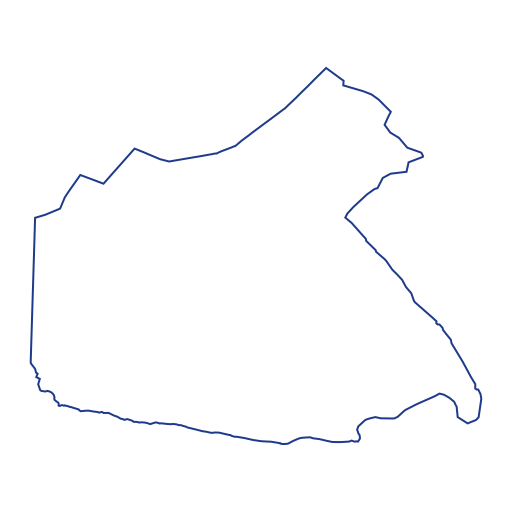 the district of San Lorenzo, Oaxaca, Mexico
{"feature_id": "50627088B2703983374094", "entity_name": "San Lorenzo", "entity_type": "district", "adm_level": 2, "iso_a3": "MEX", "parent_name": "Mexico", "parent_adm1": "Oaxaca", "projection": "mercator", "projection_center": [-97.876, 16.418], "detail": "fine", "context": "isolated", "style": "outline", "palette": "blue", "viewbox_px": 512, "rotation_deg": 0, "n_neighbors": 0, "source": "geoboundaries", "source_scale": "gbopen_adm2", "svg_char_len": 3320}
<svg xmlns="http://www.w3.org/2000/svg" viewBox="0 0 512 512"><path d="M35.1,217.8L30.7,361.9L30.9,363.4L35.1,368.9L36.1,372.7L37.6,373.7L37.5,373.9L36.3,377.1L39.8,378.9L38.2,384.2L40.0,389.6L40.4,390.3L41.6,391.0L43.4,391.2L45.3,391.5L47.5,390.9L49.3,391.4L51.2,392.3L52.9,393.8L53.9,395.2L54.5,397.4L54.2,398.6L54.7,400.0L56.4,401.4L58.2,402.7L58.7,403.5L58.6,405.6L59.2,405.9L59.9,405.9L61.2,405.3L62.1,405.1L63.5,405.6L64.1,405.7L64.4,405.4L65.5,405.6L67.7,406.1L69.5,406.8L71.2,407.1L73.6,407.9L78.2,409.3L78.8,409.5L79.3,410.3L80.7,411.2L86.1,410.7L88.4,410.7L88.9,410.7L93.4,411.5L94.9,411.7L97.5,412.0L98.5,412.4L99.2,412.6L101.9,411.9L103.7,413.0L108.1,412.9L109.2,413.2L111.0,414.1L114.1,415.6L117.3,416.7L118.0,417.1L120.5,418.6L123.2,419.2L124.4,419.9L125.0,419.7L127.2,419.1L127.7,419.2L129.5,419.8L132.4,420.8L133.5,421.8L136.8,421.9L138.2,422.2L139.0,422.5L140.7,422.4L141.3,422.3L144.2,422.5L144.4,422.5L146.9,423.0L150.2,424.1L154.6,422.7L155.6,422.4L158.7,423.0L159.5,423.5L159.8,423.5L161.3,423.3L167.5,424.0L171.2,424.2L172.4,424.0L172.7,423.9L176.7,424.4L178.6,425.1L181.0,425.1L181.5,425.4L184.5,426.3L186.4,426.8L187.2,427.4L192.6,428.7L197.1,429.8L201.7,431.0L202.0,431.1L207.2,431.9L209.5,432.5L210.0,432.6L212.2,432.9L214.6,432.5L219.0,432.6L229.3,435.0L230.2,435.0L231.8,435.9L234.3,436.7L237.0,436.8L244.8,438.1L245.1,438.2L253.1,440.0L261.2,441.2L264.1,441.4L271.0,441.7L280.2,443.2L280.3,443.6L282.4,444.0L284.6,444.0L287.9,443.7L293.4,440.8L299.1,438.4L301.7,437.8L307.7,437.4L310.1,437.3L313.1,438.3L319.5,439.1L326.2,440.7L332.4,442.0L340.2,442.1L349.0,441.6L351.5,440.6L354.8,441.7L356.4,441.3L358.0,441.6L359.6,439.2L360.0,438.0L359.4,434.6L358.4,433.6L357.9,431.7L357.1,429.7L358.3,426.4L363.9,421.2L365.6,419.8L368.2,418.9L370.6,418.2L375.4,417.1L380.8,418.3L394.2,418.5L397.7,416.8L404.4,410.7L405.9,409.7L417.1,404.0L434.8,396.2L439.5,393.6L443.9,394.7L449.4,397.8L454.2,401.8L455.8,405.3L456.6,406.5L457.7,417.1L467.6,423.4L476.0,420.0L478.6,417.3L479.3,412.5L481.3,398.9L480.5,394.1L478.2,389.5L476.6,389.5L475.2,388.4L475.3,384.1L471.1,377.3L465.2,366.3L462.4,361.2L451.6,343.4L450.8,339.7L445.8,333.5L443.1,330.0L442.5,327.8L439.5,324.5L437.5,324.4L436.3,323.2L436.5,321.3L433.2,318.3L415.1,302.4L413.9,300.8L411.3,293.3L405.9,286.9L402.1,279.8L396.6,273.9L393.2,270.6L393.0,270.4L391.9,269.1L386.4,261.1L384.7,259.2L376.2,251.9L375.6,250.1L366.2,240.9L365.8,238.8L362.5,235.2L351.8,223.1L345.3,217.6L347.4,213.5L353.3,207.1L367.0,194.4L374.1,189.3L375.1,188.8L377.5,188.2L382.8,177.9L390.6,173.7L406.5,171.8L408.6,162.3L422.8,156.9L423.0,156.1L421.8,153.4L420.9,152.5L407.3,147.7L399.0,137.9L390.3,132.6L384.6,124.8L388.1,117.1L390.8,111.8L383.9,104.9L378.7,99.6L371.4,94.4L362.9,91.1L343.3,85.4L343.6,80.7L342.2,79.8L326.1,68.0L313.6,80.3L307.9,86.1L304.8,89.1L301.1,92.7L300.0,93.8L295.7,98.1L288.3,105.1L285.9,107.5L285.0,108.3L282.8,109.9L272.9,117.3L256.3,129.6L253.5,131.7L253.0,132.0L252.4,132.5L249.0,135.2L241.6,140.7L235.2,146.1L234.7,146.1L231.8,147.3L226.6,149.3L221.0,151.4L216.3,153.6L214.8,153.5L213.3,153.9L198.7,156.5L190.8,157.8L186.1,158.6L169.1,161.5L160.1,159.2L158.4,158.5L143.5,152.2L134.6,148.6L115.8,169.8L103.5,183.7L80.3,175.0L74.4,183.4L69.1,190.9L64.9,197.2L60.1,208.6L45.2,214.8L35.1,217.8Z" fill="none" stroke="#1e3a8a" stroke-width="2"/></svg>